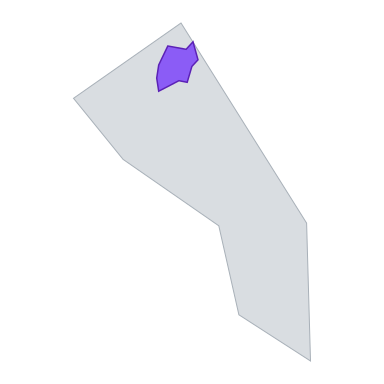 where Anse Etoile sits in Seychelles
{"feature_id": "SYC-5200", "entity_name": "Anse Etoile", "entity_type": "state/province", "adm_level": 1, "iso_a3": "SYC", "parent_name": "Seychelles", "parent_adm1": "", "projection": "orthographic", "projection_center": [55.454, -4.588], "detail": "fine", "context": "in_parent", "style": "filled", "palette": "violet", "viewbox_px": 384, "rotation_deg": 0, "n_neighbors": 0, "source": "natural_earth", "source_scale": "10m", "svg_char_len": 408}
<svg xmlns="http://www.w3.org/2000/svg" viewBox="0 0 384 384"><path d="M306.6,223.1L310.5,361.0L238.9,314.8L218.8,225.8L123.1,159.4L73.5,98.3L181.0,23.0L306.6,223.1Z" fill="#d9dde1" stroke="#a8b0b8" stroke-width="1"/><path d="M193.0,41.8L198.0,59.8L191.9,66.4L187.2,82.3L178.9,80.7L158.7,91.2L156.7,78.1L158.7,65.0L167.8,46.0L186.1,49.3L193.0,41.8Z" fill="#8b5cf6" stroke="#5b21b6" stroke-width="1.5"/></svg>